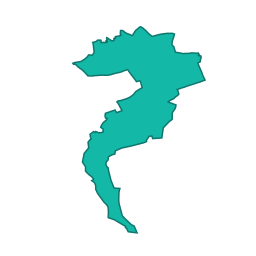 Kaugama, Jigawa, Nigeria, rotated 191°
{"feature_id": "59680162B31064170938287", "entity_name": "Kaugama", "entity_type": "district", "adm_level": 2, "iso_a3": "NGA", "parent_name": "Nigeria", "parent_adm1": "Jigawa", "projection": "mercator", "projection_center": [9.774, 12.554], "detail": "fine", "context": "isolated", "style": "filled", "palette": "teal", "viewbox_px": 256, "rotation_deg": 191, "n_neighbors": 0, "source": "geoboundaries", "source_scale": "gbopen_adm2", "svg_char_len": 5229}
<svg xmlns="http://www.w3.org/2000/svg" viewBox="0 0 256 256"><g transform="rotate(191 128 128)"><path d="M99.1,26.8L103.2,32.9L106.4,33.8L113.9,38.6L116.9,40.8L122.4,52.2L123.3,55.3L124.6,63.1L124.5,66.3L124.4,67.1L130.2,66.4L132.2,69.5L134.8,73.5L138.8,82.1L140.0,85.3L140.8,85.5L141.8,86.6L142.7,88.2L143.0,89.8L142.4,91.4L141.5,92.7L141.7,96.0L138.6,98.6L136.0,99.9L136.0,103.2L130.4,107.1L121.3,111.0L114.6,114.2L109.6,116.6L107.2,118.2L107.6,119.3L105.6,124.0L102.9,124.6L101.8,122.3L92.9,124.7L93.4,134.9L88.6,142.4L87.0,144.0L86.3,144.9L87.0,149.1L87.4,151.4L85.5,155.9L85.2,157.5L85.3,159.8L93.6,161.2L93.4,161.6L93.1,162.0L92.7,162.3L92.4,162.5L92.2,162.8L91.7,163.3L91.4,163.7L91.0,163.8L90.6,164.1L90.1,164.4L89.7,164.6L89.5,165.2L89.0,165.3L88.7,165.5L88.4,166.2L88.0,166.7L87.5,167.2L87.3,167.7L86.7,168.1L86.2,168.7L85.7,169.3L85.2,169.8L84.9,170.4L84.7,171.0L84.6,171.3L84.8,171.6L85.1,172.0L85.3,172.3L85.6,173.1L85.9,173.6L86.3,174.0L86.3,174.4L87.1,175.2L86.9,175.3L85.4,176.1L84.7,176.5L83.9,177.0L83.1,177.5L82.2,177.9L81.3,178.5L80.5,178.8L77.8,180.5L76.3,181.3L74.1,182.5L71.6,183.9L69.8,184.9L68.4,185.7L65.9,187.0L64.7,187.8L63.7,188.4L61.5,189.7L64.7,194.0L66.6,197.3L68.1,199.4L70.1,202.2L71.8,205.2L71.1,205.8L69.9,206.6L69.6,206.9L69.8,207.9L70.1,209.3L69.9,209.5L69.8,209.8L69.7,210.0L69.6,210.5L69.7,211.0L69.8,211.4L69.8,211.5L69.9,212.0L70.0,212.4L70.2,212.5L70.7,212.7L71.0,212.7L71.6,212.6L71.9,212.5L72.1,212.4L72.3,212.4L72.6,212.5L72.8,212.6L72.1,213.6L73.3,215.0L76.0,214.3L76.9,214.3L78.1,214.1L79.8,213.9L82.3,212.9L84.8,212.4L87.7,211.6L95.9,211.5L98.5,216.5L100.8,218.1L101.1,221.8L100.4,226.8L100.4,228.0L100.3,229.1L102.6,229.4L107.9,228.3L112.8,226.7L116.5,225.1L118.8,223.9L121.8,222.5L125.9,224.7L129.4,227.2L133.2,229.3L134.2,229.5L135.2,229.8L136.7,228.2L137.2,227.5L137.8,226.8L138.4,226.0L138.9,225.5L139.2,224.9L139.5,224.3L139.8,223.7L139.8,223.0L140.2,222.5L140.5,222.0L140.8,221.5L140.8,221.2L140.8,220.7L141.1,220.0L141.5,219.5L141.8,219.5L142.4,219.7L143.1,219.8L144.6,220.2L145.8,220.4L146.9,220.6L147.8,220.8L148.8,221.1L149.6,221.5L150.3,221.8L150.7,222.2L151.3,222.4L151.6,222.5L152.1,222.7L152.7,222.5L153.4,222.3L153.9,222.3L153.8,221.2L153.7,220.1L153.6,219.3L153.5,218.8L152.5,218.0L152.8,217.7L153.0,217.4L153.4,217.1L153.7,217.0L154.2,216.8L154.7,216.5L155.3,216.2L156.0,215.9L156.5,215.8L156.9,215.8L157.1,215.7L157.3,215.4L157.5,215.3L157.8,215.2L157.9,214.9L157.9,214.7L157.9,214.3L157.8,214.1L157.6,214.1L157.4,214.0L157.4,213.8L157.6,213.7L157.8,213.7L157.9,213.8L158.0,213.7L158.3,213.3L158.4,213.2L158.7,213.2L158.9,213.2L158.9,212.9L158.9,212.7L158.7,212.2L158.3,211.9L158.5,211.6L158.7,211.4L158.9,211.1L159.2,210.8L159.4,210.8L159.6,210.8L159.9,210.7L160.2,210.5L160.4,210.4L162.8,211.4L163.4,211.5L163.8,211.7L164.2,211.9L164.7,212.2L165.3,212.4L165.7,212.5L166.1,212.6L166.1,212.2L165.8,212.2L165.7,211.9L165.6,211.7L165.6,211.4L165.6,211.1L165.7,210.9L165.6,210.6L165.6,210.3L165.7,210.0L165.8,209.9L166.0,209.7L166.3,209.3L166.3,209.0L166.2,208.8L166.0,208.7L165.7,208.8L165.6,209.0L165.6,209.4L165.5,209.6L165.3,209.5L165.1,209.4L164.9,209.2L164.7,208.8L164.9,208.6L164.9,208.4L165.0,208.1L165.3,207.9L165.6,207.8L165.9,207.7L166.2,207.5L166.5,207.5L167.0,207.5L167.4,207.4L167.9,207.5L168.3,207.5L168.6,207.4L168.7,207.2L169.1,207.1L169.4,206.9L169.8,206.8L170.1,206.7L170.4,206.6L170.7,206.7L170.8,206.8L170.8,207.1L170.8,207.3L170.8,207.6L170.9,207.8L170.9,208.1L171.0,208.4L171.2,208.7L171.4,208.9L171.6,209.1L171.9,209.1L172.7,208.7L173.4,208.6L173.8,208.7L174.4,208.4L174.8,208.3L175.2,207.6L175.6,207.0L176.4,206.6L178.0,205.7L179.0,205.3L178.4,204.4L176.6,198.7L175.6,195.8L176.9,192.7L180.6,192.2L181.7,189.8L183.9,187.1L185.4,185.7L186.1,184.9L187.6,184.0L192.8,182.1L194.5,181.0L193.8,180.3L193.3,180.1L192.0,180.4L191.2,180.3L190.7,179.9L188.5,178.3L183.8,176.2L179.9,173.5L177.3,171.5L172.8,172.3L170.7,173.0L166.8,174.1L164.5,174.7L163.0,175.0L158.9,175.7L155.8,176.7L150.3,179.6L148.1,180.4L144.8,182.0L143.5,183.1L141.5,184.1L139.5,185.3L136.9,182.7L136.0,181.9L134.7,180.7L133.2,179.4L131.8,178.2L130.6,177.1L129.6,176.2L128.6,175.1L125.4,176.6L124.4,175.5L121.8,170.2L124.4,168.0L127.2,165.4L129.1,161.8L131.6,159.0L134.5,156.8L140.1,153.7L141.3,153.2L142.4,152.9L143.3,152.3L143.9,151.5L142.6,150.5L139.0,146.1L137.2,143.9L142.2,140.9L144.1,143.2L146.4,141.9L149.5,140.1L153.0,138.1L152.9,137.3L152.8,137.0L152.9,136.9L153.0,136.7L152.8,135.4L152.7,135.0L152.3,134.3L152.0,133.5L151.3,133.7L150.9,133.5L150.3,133.3L150.2,133.2L150.9,131.6L153.4,128.5L154.6,125.4L154.9,123.4L152.2,122.2L152.0,120.6L151.5,119.4L153.5,118.3L156.3,117.8L158.9,118.4L159.4,117.4L161.0,118.0L164.0,114.7L164.1,114.4L164.0,114.2L163.0,111.6L162.4,110.7L162.1,110.0L163.2,109.1L164.5,106.3L162.8,101.0L164.9,97.1L166.2,94.6L166.2,92.7L166.2,85.9L162.3,81.8L161.5,77.6L159.8,76.3L157.5,74.8L154.9,73.5L152.2,71.7L152.0,70.9L153.6,69.4L150.4,67.9L148.7,65.3L148.0,61.7L145.4,58.1L141.9,54.8L137.5,50.7L134.2,48.5L132.4,46.4L131.3,42.2L130.3,36.2L124.1,35.4L112.4,31.2L111.5,30.9L111.6,30.7L111.6,30.3L111.5,30.0L111.4,29.6L111.0,29.6L110.8,29.5L110.7,29.5L110.4,29.4L108.0,26.2L99.1,26.8Z" fill="#14b8a6" stroke="#0f766e" stroke-width="1.5"/></g></svg>